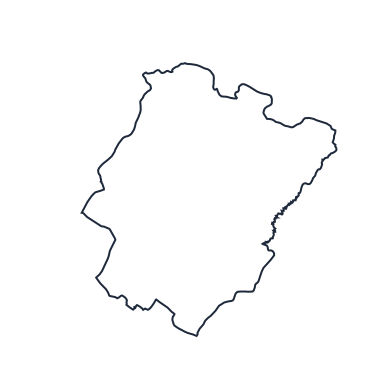 outline of Phu Sing, Si Sa Ket, Thailand, rotated 214°
{"feature_id": "78962969B17972305807054", "entity_name": "Phu Sing", "entity_type": "district", "adm_level": 2, "iso_a3": "THA", "parent_name": "Thailand", "parent_adm1": "Si Sa Ket", "projection": "albers", "projection_center": [104.106, 14.491], "detail": "fine", "context": "isolated", "style": "outline", "palette": "slate", "viewbox_px": 384, "rotation_deg": 214, "n_neighbors": 0, "source": "geoboundaries", "source_scale": "gbopen_adm2", "svg_char_len": 6005}
<svg xmlns="http://www.w3.org/2000/svg" viewBox="0 0 384 384"><g transform="rotate(214 192 192)"><path d="M107.5,323.2L110.5,322.6L111.4,322.5L114.1,324.2L118.7,324.1L128.7,321.2L132.1,320.6L135.4,319.3L137.1,318.4L137.8,317.6L138.5,317.3L139.5,316.5L140.1,314.6L140.0,312.1L140.6,309.3L141.2,308.8L141.8,307.7L142.5,307.0L144.5,302.3L145.9,301.1L149.2,300.1L150.9,299.3L152.5,298.8L157.0,298.6L158.8,298.1L161.5,297.0L164.5,297.1L166.0,296.9L167.7,296.3L170.7,294.6L176.3,297.0L177.3,298.0L178.3,301.0L178.2,302.7L177.6,304.6L176.6,306.1L175.5,308.4L175.4,309.2L175.6,310.3L177.7,313.7L178.9,314.6L179.2,314.6L179.8,315.5L181.5,315.6L184.9,314.7L186.5,313.9L189.4,312.8L193.8,311.7L203.4,311.4L206.7,311.0L208.7,310.6L210.2,309.8L211.0,309.0L211.9,306.1L211.9,305.6L211.5,304.7L210.1,302.6L210.0,302.1L210.1,300.7L211.2,299.4L211.4,298.5L210.8,296.9L210.1,296.2L207.5,295.1L207.5,294.3L209.6,293.0L212.4,291.7L216.6,290.3L220.5,288.0L221.3,287.8L223.7,288.0L226.7,289.7L228.7,291.3L229.2,291.3L229.9,289.8L230.5,289.5L231.0,289.5L231.8,289.8L232.7,290.4L233.3,291.1L234.4,293.6L236.4,296.6L237.3,298.3L238.5,299.8L239.2,300.5L240.1,301.0L243.1,302.1L244.8,302.6L247.4,302.6L250.8,301.5L255.9,300.7L259.3,299.8L264.2,297.5L268.0,295.3L269.7,295.0L271.0,293.4L272.5,292.4L272.9,291.7L273.9,288.2L274.9,287.2L275.8,285.5L276.7,283.0L276.5,281.7L275.8,281.2L275.5,280.8L275.9,280.0L277.2,279.3L278.6,279.1L280.2,278.6L280.8,277.8L281.9,275.3L283.3,274.0L283.9,273.7L287.5,274.4L288.3,274.1L288.9,273.5L289.9,271.8L290.4,269.7L290.9,269.0L292.0,268.3L292.9,267.1L294.7,265.6L295.7,265.2L297.0,265.3L297.8,263.9L298.2,262.3L298.2,261.9L297.8,261.3L296.9,260.8L294.2,260.1L292.1,258.4L291.2,257.9L290.1,257.6L286.7,257.4L285.7,256.8L283.9,254.9L283.8,253.0L285.0,250.5L285.8,246.8L285.9,245.3L285.4,242.6L285.6,239.1L285.3,237.8L284.6,236.8L283.3,235.4L280.5,231.5L279.5,229.2L278.1,223.4L277.3,217.8L276.0,214.8L275.0,211.4L274.8,206.9L275.1,205.1L276.2,202.8L278.0,200.8L278.7,199.8L279.5,197.7L279.9,191.2L279.3,184.1L278.7,182.2L278.5,176.8L279.7,171.8L281.6,165.8L282.2,162.4L282.4,159.9L282.1,157.9L281.9,157.4L280.5,155.8L279.2,154.9L277.8,154.4L276.7,153.7L275.7,152.5L274.2,151.3L273.5,149.6L272.7,149.8L272.5,149.5L272.0,149.0L270.9,148.6L267.3,145.9L266.4,144.8L268.8,141.5L271.5,138.3L272.1,137.2L272.6,135.1L273.0,132.0L273.1,125.1L271.8,113.1L271.0,113.5L270.3,113.7L264.9,112.6L248.1,112.9L245.6,114.1L240.1,115.2L239.3,115.1L230.3,110.6L229.1,109.8L228.8,109.5L227.5,99.4L227.1,97.1L225.3,92.5L224.6,90.1L222.4,76.2L222.5,72.0L223.6,67.5L223.1,67.2L217.0,65.0L208.9,63.3L205.3,61.7L202.9,60.0L202.1,59.8L197.1,61.9L194.5,62.1L194.3,62.7L193.6,63.7L192.8,66.3L192.5,66.8L191.5,67.2L188.2,67.1L186.1,66.3L185.2,65.5L184.8,64.1L183.7,63.0L183.3,61.8L178.9,61.5L175.1,61.5L174.9,61.8L175.0,62.1L174.8,63.0L174.2,63.9L174.2,64.4L174.5,64.7L175.2,64.1L175.5,64.4L174.5,65.6L174.6,66.7L174.4,67.5L171.5,67.8L168.1,67.6L166.6,67.0L165.7,69.1L162.7,69.7L162.0,71.0L161.5,73.8L161.4,78.1L161.7,82.7L161.5,82.9L157.7,82.6L147.5,82.5L141.8,81.3L138.4,81.1L138.0,80.3L138.1,77.7L136.8,75.0L133.2,72.1L131.7,71.4L127.1,71.4L119.7,72.2L116.5,72.8L111.7,74.4L107.7,75.2L107.7,77.0L108.7,78.4L109.2,82.9L108.5,88.8L109.0,91.7L109.0,93.2L108.3,96.6L107.2,99.9L106.4,104.8L106.1,106.3L106.0,112.7L103.5,118.4L101.2,121.1L98.3,123.8L97.6,124.9L97.5,125.6L97.6,126.8L98.9,131.5L99.0,132.5L98.6,134.4L97.9,135.2L96.1,136.6L92.5,139.1L89.7,140.7L86.7,142.9L86.2,143.3L85.8,144.5L85.9,145.4L86.6,148.1L87.7,150.4L87.6,151.6L86.9,154.2L87.1,155.7L89.4,163.8L90.0,166.6L90.3,169.3L88.8,179.8L88.5,185.4L89.5,186.9L90.1,187.4L91.8,188.0L93.1,188.0L94.2,187.5L95.4,186.6L96.0,186.5L96.9,186.9L98.5,188.7L99.6,189.3L100.4,189.4L103.4,188.6L104.5,188.5L104.3,189.2L103.6,190.0L102.7,190.0L102.7,190.3L103.1,190.7L103.1,191.0L102.5,191.5L102.9,191.9L102.5,192.1L101.7,192.0L101.8,192.6L101.7,192.9L101.0,192.7L100.7,193.0L100.7,194.4L100.3,195.2L100.7,196.1L100.6,196.7L100.8,197.3L100.0,198.2L99.2,198.6L99.1,198.9L99.8,199.8L100.1,202.0L100.8,203.0L101.6,203.5L101.5,204.8L102.7,205.3L101.6,205.9L101.1,205.9L101.5,206.4L102.6,206.5L102.9,206.8L102.5,208.2L103.6,208.3L105.1,208.9L106.1,209.9L106.4,210.8L107.8,210.2L108.3,211.3L107.5,211.5L107.6,212.9L106.8,213.4L106.6,213.7L107.3,214.3L107.7,215.1L108.4,215.4L108.7,216.1L108.7,216.5L108.1,216.5L107.7,216.9L108.0,217.8L107.2,218.4L108.1,218.3L108.3,218.7L109.2,219.2L109.0,219.4L108.2,219.4L108.0,219.8L108.3,220.5L108.5,222.3L108.1,222.8L106.8,223.0L105.9,224.4L105.4,224.4L105.4,223.6L105.2,223.5L104.8,223.7L104.6,224.1L104.8,224.7L105.3,224.8L105.3,225.3L105.7,225.9L107.1,226.6L105.7,227.3L105.4,227.7L107.0,229.4L106.4,229.6L106.4,230.0L106.6,230.3L106.4,230.6L105.0,230.4L104.7,230.6L104.8,230.9L105.5,231.0L105.4,231.4L105.9,231.8L105.2,232.2L105.7,232.7L105.6,233.1L105.2,233.6L105.3,234.7L105.0,235.5L104.6,235.4L104.1,235.6L104.0,236.4L104.9,236.7L104.5,237.0L104.4,237.7L104.2,238.1L104.3,238.7L103.3,238.1L103.0,238.4L103.0,238.7L103.7,238.8L103.9,239.0L103.8,239.3L102.8,239.7L102.8,240.6L103.4,241.3L103.5,241.6L101.7,242.9L101.8,243.2L102.2,243.3L102.1,244.0L101.7,243.9L101.8,244.3L102.4,245.0L102.9,246.1L102.7,246.3L102.5,246.2L102.6,245.9L102.4,245.8L101.8,246.3L101.9,246.7L102.4,246.4L102.5,246.7L101.7,247.8L101.6,248.9L102.3,249.6L102.9,250.7L102.2,251.2L102.0,252.0L102.4,253.4L103.9,257.4L104.3,259.5L104.2,260.9L103.8,261.7L102.9,262.6L102.3,262.9L100.8,263.2L99.8,263.6L99.3,264.0L98.7,265.2L98.6,265.8L98.9,269.3L99.4,271.1L99.0,274.5L99.8,276.8L100.1,280.6L99.8,281.5L99.1,282.0L98.7,282.5L98.6,284.1L99.1,286.1L99.7,287.9L100.7,288.6L101.0,289.2L101.0,291.2L101.8,291.3L101.9,291.5L101.6,291.5L101.3,292.4L100.7,293.1L100.8,293.8L100.6,294.8L99.9,295.2L98.7,296.7L99.1,298.8L98.5,299.3L98.5,300.7L98.3,301.9L97.4,302.6L96.5,304.4L95.9,305.9L95.7,307.3L95.8,307.7L97.2,309.3L98.9,310.0L99.5,311.4L101.7,311.4L103.3,312.1L103.5,313.3L104.3,315.9L105.7,318.2L106.2,320.8L107.5,323.2Z" fill="none" stroke="#1e293b" stroke-width="2"/></g></svg>